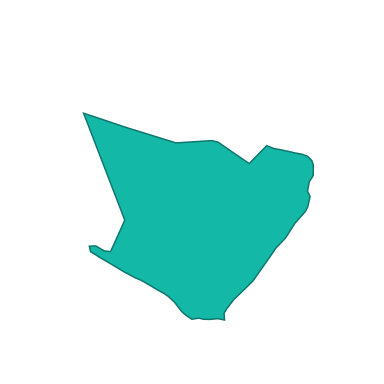 Brejo Grande, Sergipe, Brazil, rotated 57°
{"feature_id": "56859067B39300594646138", "entity_name": "Brejo Grande", "entity_type": "district", "adm_level": 2, "iso_a3": "BRA", "parent_name": "Brazil", "parent_adm1": "Sergipe", "projection": "equal_earth", "projection_center": [-36.456, -10.473], "detail": "fine", "context": "isolated", "style": "filled", "palette": "teal", "viewbox_px": 384, "rotation_deg": 57, "n_neighbors": 0, "source": "geoboundaries", "source_scale": "gbopen_adm2", "svg_char_len": 877}
<svg xmlns="http://www.w3.org/2000/svg" viewBox="0 0 384 384"><g transform="rotate(57 192 192)"><path d="M193.8,104.1L199.3,128.5L181.9,135.8L164.6,142.9L159.8,147.2L142.1,178.7L102.6,211.6L66.9,240.0L179.0,263.7L197.6,292.7L193.7,297.6L184.8,302.1L181.5,307.6L186.9,309.6L191.8,307.1L196.4,305.2L201.8,302.4L209.0,298.8L218.2,294.3L222.7,292.1L233.3,286.2L238.1,282.9L245.1,279.3L254.2,274.8L261.8,270.8L266.8,268.7L274.9,266.7L281.0,266.2L286.4,265.8L291.7,264.4L298.6,261.5L301.6,254.8L304.8,251.9L308.6,246.4L312.3,239.3L317.1,234.4L311.1,231.1L308.8,226.3L304.8,214.9L303.6,208.2L299.8,189.3L287.5,158.7L284.8,152.5L281.5,138.6L274.3,122.7L270.1,107.6L267.8,103.4L260.2,95.4L254.4,94.8L247.3,88.1L244.3,81.4L235.6,75.6L231.0,74.4L225.2,75.5L220.2,79.2L215.5,84.2L211.1,88.4L204.7,94.8L200.0,99.8L193.8,104.1Z" fill="#14b8a6" stroke="#0f766e" stroke-width="1.5"/></g></svg>